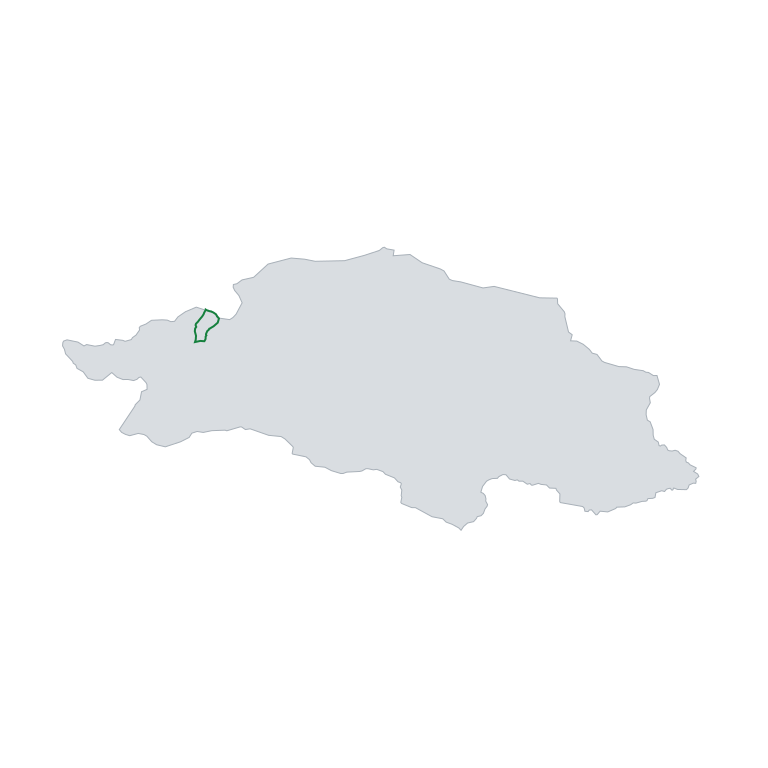 Ongon, Sühbaatar, Mongolia (highlighted), rotated 187°
{"feature_id": "93677404B32966935897254", "entity_name": "Ongon", "entity_type": "district", "adm_level": 2, "iso_a3": "MNG", "parent_name": "Mongolia", "parent_adm1": "Sühbaatar", "projection": "natural_earth1", "projection_center": [112.987, 45.441], "detail": "fine", "context": "in_parent", "style": "outline", "palette": "green", "viewbox_px": 768, "rotation_deg": 187, "n_neighbors": 0, "source": "geoboundaries", "source_scale": "gbopen_adm2", "svg_char_len": 4525}
<svg xmlns="http://www.w3.org/2000/svg" viewBox="0 0 768 768"><g transform="rotate(187 384 384)"><path d="M62.5,323.4L64.9,323.3L68.8,321.0L69.5,317.8L70.9,316.0L79.8,315.1L83.7,316.1L84.5,314.0L85.3,313.7L87.3,315.4L89.4,314.7L90.9,313.9L92.4,311.5L95.4,311.9L100.9,309.2L101.2,304.4L103.3,303.3L108.1,302.4L108.8,300.2L109.9,299.6L113.4,299.0L119.4,296.5L122.2,296.3L124.5,294.2L130.0,291.4L138.0,290.1L138.8,288.7L146.3,284.3L154.0,284.1L156.5,280.3L157.7,280.0L162.7,284.4L164.9,283.9L165.9,282.2L169.1,282.2L170.2,285.3L171.9,286.6L194.6,287.8L195.3,288.9L196.0,296.3L199.8,299.7L200.7,301.4L207.0,300.9L210.4,303.6L215.9,303.5L218.6,304.2L224.1,301.7L225.4,301.6L226.9,303.0L229.6,302.0L234.4,304.5L238.2,304.0L240.0,305.1L242.3,304.2L247.8,305.0L251.9,308.8L255.0,308.6L258.8,306.0L259.9,304.2L265.2,303.3L268.3,301.6L270.4,300.0L273.7,294.3L274.7,288.4L272.1,287.5L270.0,285.6L268.8,282.4L268.8,280.2L266.5,276.9L266.8,275.2L268.5,272.3L269.6,267.7L271.6,265.1L275.3,263.7L275.8,261.9L278.3,258.3L284.1,256.2L287.6,252.3L289.7,248.2L292.3,250.3L299.5,253.1L305.5,254.5L309.3,257.4L320.1,258.1L337.7,265.1L341.5,264.7L352.0,267.6L352.9,268.6L352.5,273.8L353.3,275.2L353.4,280.9L355.3,283.7L354.6,287.1L355.5,288.1L358.1,288.6L362.2,292.1L371.6,294.6L374.3,296.9L380.8,298.4L384.2,297.5L389.7,298.0L391.7,297.7L395.3,295.0L397.6,294.2L410.2,292.0L413.7,290.2L416.0,289.9L425.7,291.6L432.5,294.2L442.3,294.0L446.8,297.0L448.7,299.8L452.5,302.2L466.1,303.3L466.7,303.9L466.3,309.9L466.9,310.8L475.6,317.4L479.7,319.3L492.2,319.0L511.4,323.2L516.0,321.9L520.1,324.0L521.6,323.9L534.3,318.4L536.1,318.8L549.2,316.7L557.5,313.9L563.7,314.1L568.7,311.8L570.9,307.2L579.0,301.8L593.4,295.0L602.3,296.0L607.5,298.4L613.0,303.3L616.1,304.6L621.9,305.0L630.1,301.7L634.5,302.5L638.5,304.0L641.2,306.5L628.6,331.6L628.4,333.1L624.3,338.4L623.7,346.8L618.5,349.8L619.2,354.6L620.4,356.4L626.2,361.3L628.1,360.6L629.7,358.6L632.9,356.9L638.6,357.3L643.6,356.6L649.8,358.2L655.6,362.2L663.9,353.5L671.5,352.5L678.6,353.6L684.0,359.4L690.6,362.1L692.3,365.4L695.0,366.8L695.7,368.4L703.7,375.1L705.4,379.5L707.7,382.7L707.8,385.9L707.3,387.5L704.0,389.2L692.9,388.3L686.4,385.2L684.0,386.9L675.5,386.3L670.7,387.6L667.5,388.8L665.6,390.9L664.1,391.4L662.7,391.3L660.1,389.6L657.9,389.7L657.2,390.1L655.9,395.5L648.6,395.5L646.2,394.8L640.2,397.3L639.3,399.4L636.1,402.3L633.2,407.8L633.8,410.1L632.9,411.6L627.6,414.5L622.5,418.9L611.9,420.7L606.9,421.0L603.2,419.9L599.5,420.7L596.7,425.5L589.8,431.6L579.7,437.4L561.6,433.8L559.3,433.0L555.5,429.3L545.0,429.1L542.0,431.6L539.3,435.3L534.7,447.3L538.8,454.1L543.6,458.6L545.5,461.7L545.6,464.4L542.2,465.6L537.6,470.0L526.4,474.0L513.7,488.9L491.5,497.7L478.0,498.2L467.3,497.4L438.1,501.6L419.1,509.3L404.9,516.0L401.8,519.2L400.3,519.8L397.8,518.5L390.3,518.1L390.5,512.4L374.0,515.7L360.9,509.0L342.0,505.0L338.2,503.5L332.0,496.0L328.7,495.0L320.3,494.7L297.4,491.4L286.6,494.3L240.0,488.5L222.8,490.3L222.2,489.6L221.4,484.8L213.8,477.6L212.9,475.7L212.7,472.9L207.2,458.1L203.2,455.8L204.1,449.6L197.9,450.1L191.1,447.7L184.3,443.3L181.1,440.0L176.2,439.3L170.5,433.4L167.7,432.3L153.0,429.9L145.4,430.6L137.5,429.0L128.4,428.8L125.5,427.6L122.9,427.7L117.7,425.2L114.1,425.7L110.5,417.2L112.0,411.8L114.0,408.6L118.7,403.9L118.7,402.1L117.4,397.8L120.5,390.2L120.1,385.5L118.2,380.2L115.2,378.9L111.4,371.6L110.6,366.0L109.0,362.1L104.7,359.8L103.5,356.4L102.1,356.1L101.0,357.2L98.3,357.7L95.7,355.5L94.4,353.1L92.8,352.5L89.8,352.6L87.0,353.7L84.0,353.1L81.6,350.9L75.1,347.5L75.2,345.0L74.4,343.3L72.3,342.8L70.4,341.1L64.0,338.9L64.0,337.7L66.1,335.0L61.7,332.9L60.2,330.6L63.1,327.5L62.3,325.5L62.5,323.4Z" fill="#d9dde1" stroke="#a8b0b8" stroke-width="1"/><path d="M576.7,402.6L571.5,404.4L568.6,404.5L567.5,404.6L566.7,406.5L566.6,407.2L566.7,408.3L566.8,409.4L566.2,410.6L566.7,411.3L566.7,412.2L565.8,415.1L564.8,416.1L564.4,417.0L564.1,417.6L563.6,417.8L562.3,418.9L560.2,420.5L556.5,424.6L555.8,428.9L556.5,429.5L557.3,430.2L558.0,430.8L558.1,431.0L558.3,431.4L558.7,431.9L559.2,432.6L559.8,433.0L560.4,433.3L561.5,433.9L562.4,434.3L563.3,434.6L564.1,434.8L564.4,435.0L566.0,435.0L567.6,435.4L568.0,435.4L569.0,435.7L569.8,436.0L570.0,436.1L570.0,435.7L570.6,434.4L570.8,433.8L571.2,432.8L571.6,431.1L572.8,428.7L573.2,428.1L574.2,426.6L575.4,424.7L576.2,423.2L577.6,421.4L578.0,420.8L578.2,419.5L577.3,417.8L578.2,416.1L578.2,413.3L576.4,408.8L576.4,408.7L576.4,407.2L576.3,406.5L576.3,404.7L576.7,402.6Z" fill="none" stroke="#15803d" stroke-width="2"/></g></svg>